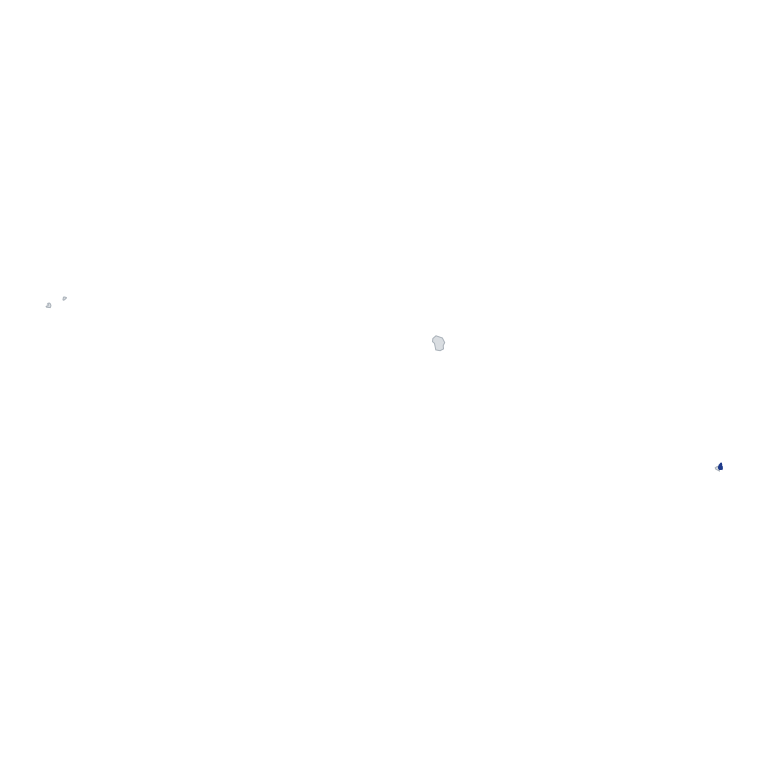 Lelu, Kosrae, Federated States of Micronesia shown in context
{"feature_id": "79324940B37039931365827", "entity_name": "Lelu", "entity_type": "district", "adm_level": 2, "iso_a3": "FSM", "parent_name": "Federated States of Micronesia", "parent_adm1": "Kosrae", "projection": "equal_earth", "projection_center": [163.023, 5.336], "detail": "fine", "context": "in_parent", "style": "outline", "palette": "blue", "viewbox_px": 768, "rotation_deg": 0, "n_neighbors": 0, "source": "geoboundaries", "source_scale": "gbopen_adm2", "svg_char_len": 1695}
<svg xmlns="http://www.w3.org/2000/svg" viewBox="0 0 768 768"><path d="M443.5,348.9L440.1,350.7L435.8,349.9L434.5,343.4L432.5,341.6L432.9,338.5L436.0,335.8L442.4,338.0L444.7,342.6L443.2,345.6L443.5,348.9ZM50.7,306.6L50.2,307.6L46.6,307.2L46.1,306.6L46.4,306.2L48.1,305.7L48.3,304.3L47.5,304.0L48.2,303.2L49.6,303.1L50.4,304.0L50.9,305.3L50.7,306.6ZM718.8,467.1L719.4,471.0L715.7,469.1L715.2,467.8L717.4,466.4L718.8,467.1ZM64.5,299.8L63.5,300.2L63.0,299.8L63.3,297.8L63.6,297.1L64.6,297.0L66.3,297.5L66.4,298.0L64.5,299.8Z" fill="#d9dde1" stroke="#a8b0b8" stroke-width="1"/><path d="M721.8,468.7L721.9,468.4L721.9,468.1L721.9,467.9L721.9,468.0L721.9,467.9L721.8,467.7L721.7,467.6L721.4,467.5L721.2,467.7L721.2,467.8L721.1,467.7L720.9,467.5L720.9,467.4L720.7,467.3L720.7,467.2L720.8,467.1L720.7,467.0L720.7,466.9L720.8,466.9L720.7,466.9L720.6,466.7L720.7,466.4L720.7,466.2L720.8,466.2L721.0,466.0L721.0,465.9L721.0,465.7L721.1,465.4L721.1,465.2L721.1,464.9L721.1,464.7L721.1,464.3L721.1,464.2L721.0,463.9L721.0,463.7L720.9,463.7L720.8,463.8L720.6,464.2L720.5,464.3L720.4,464.4L720.3,464.6L720.2,464.7L720.2,464.9L720.1,465.0L719.7,465.2L719.7,465.3L719.6,465.5L719.4,465.8L719.4,466.1L719.3,466.3L719.3,466.5L719.2,466.6L719.2,466.8L719.0,467.0L718.9,467.3L718.9,467.6L719.0,467.7L719.0,467.8L719.0,468.0L719.1,468.3L719.5,468.3L720.0,468.8L720.0,469.0L720.6,469.0L720.6,468.9L720.6,468.7L720.8,468.6L721.0,468.5L721.1,468.3L721.3,468.3L721.4,468.5L721.5,468.6L721.8,468.7L721.8,468.7ZM721.8,467.0L721.8,466.9L721.7,466.8L721.7,466.7L721.4,466.5L721.2,466.5L721.2,466.4L721.1,466.5L721.3,466.8L721.5,466.9L721.5,467.0L721.8,467.0L721.8,467.0Z" fill="none" stroke="#1e3a8a" stroke-width="2"/></svg>